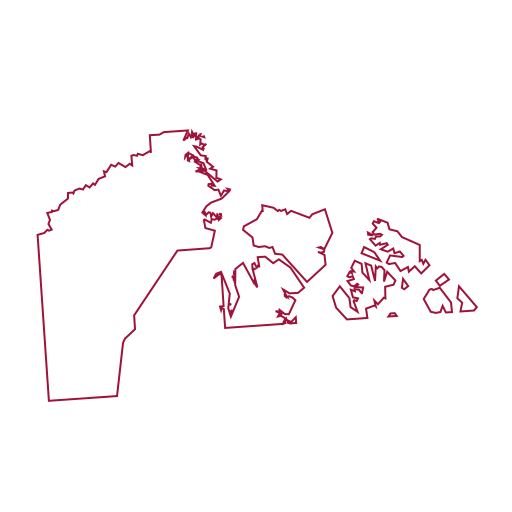 Northwest Territories, Mercator projection, rotated 86°
{"feature_id": "CAN-635", "entity_name": "Northwest Territories", "entity_type": "Territory", "adm_level": 1, "iso_a3": "CAN", "parent_name": "Canada", "parent_adm1": "", "projection": "mercator", "projection_center": [-123.126, 69.383], "detail": "fine", "context": "isolated", "style": "outline", "palette": "rose", "viewbox_px": 512, "rotation_deg": 86, "n_neighbors": 0, "source": "natural_earth", "source_scale": "10m", "svg_char_len": 6151}
<svg xmlns="http://www.w3.org/2000/svg" viewBox="0 0 512 512"><g transform="rotate(86 256 256)"><path d="M126.0,315.2L135.8,320.4L133.1,316.6L134.3,316.7L129.3,314.4L133.0,312.7L130.0,311.3L129.6,308.6L133.8,311.2L130.4,307.2L135.6,307.7L134.8,304.5L135.7,303.1L140.9,303.9L140.0,302.4L141.4,299.7L140.8,297.7L143.5,301.7L146.3,301.6L142.8,307.5L142.1,310.1L151.7,304.1L152.8,299.2L155.5,299.8L157.0,298.7L154.8,298.9L155.4,297.4L158.5,298.6L164.0,292.6L165.7,295.6L167.9,289.4L175.2,290.1L177.1,285.8L179.1,289.1L167.5,301.2L166.7,299.6L159.7,301.9L157.1,308.0L156.3,306.9L155.8,309.9L155.4,307.2L153.7,307.9L152.7,310.6L152.8,313.7L151.2,311.8L148.3,316.6L150.4,319.3L152.6,319.7L149.1,316.6L155.9,317.4L156.6,316.1L153.6,316.4L154.4,314.8L153.0,312.1L155.9,310.2L156.4,308.3L156.0,310.9L157.1,308.4L157.9,310.1L161.7,304.8L160.2,304.2L163.9,304.1L163.2,306.2L165.2,302.6L164.5,306.6L165.9,305.0L165.3,300.8L166.1,305.5L166.1,300.1L166.2,306.4L167.5,301.8L166.7,306.1L167.8,305.1L166.9,309.0L167.6,310.4L167.5,307.5L171.8,298.5L183.1,292.3L182.7,295.2L180.9,295.4L181.0,298.3L182.6,298.7L187.4,292.6L187.2,288.9L193.4,286.8L188.4,283.3L189.7,278.5L196.3,286.1L199.5,296.9L203.0,302.1L209.0,306.5L211.7,303.7L207.7,304.4L211.5,302.9L209.1,300.2L209.6,298.5L213.7,298.0L210.3,295.9L215.2,292.1L210.8,291.7L216.8,290.6L214.2,289.1L215.7,288.2L217.2,290.2L215.9,292.4L216.9,294.8L216.1,297.5L219.7,298.7L216.0,304.7L216.7,305.5L224.6,304.5L227.9,295.3L244.0,300.0L245.0,301.4L245.1,334.0L306.7,381.7L320.6,381.8L329.3,392.5L333.4,394.7L386.0,404.4L386.0,472.7L219.7,472.4L218.3,465.7L215.3,462.3L216.3,460.7L215.4,458.0L209.6,460.8L205.6,459.0L198.5,461.2L197.8,456.5L196.5,456.3L197.2,454.5L196.2,450.1L191.2,447.8L185.6,439.6L180.0,439.1L179.9,434.7L180.9,433.8L178.0,432.4L176.4,427.4L177.6,424.0L173.5,420.8L176.0,417.2L172.2,413.4L173.8,411.7L168.1,407.6L166.0,401.0L160.9,401.8L161.9,399.3L154.9,394.1L157.0,390.2L153.6,386.7L158.2,380.0L155.2,375.5L157.0,373.2L147.4,373.3L146.7,371.2L147.7,367.7L145.8,366.8L147.5,361.9L143.8,354.3L145.7,353.6L128.1,353.5L128.2,343.8L126.0,339.4L126.0,315.2ZM275.5,299.9L270.9,296.9L269.4,292.0L291.6,284.8L306.1,287.3L314.7,285.3L295.5,275.7L283.6,278.8L267.5,277.5L262.0,269.4L282.4,260.1L278.9,258.7L284.7,258.5L287.4,256.8L269.8,260.1L268.5,257.3L268.6,260.4L264.0,260.3L262.9,258.1L267.7,256.0L265.5,254.5L267.5,253.4L257.3,254.4L257.3,246.9L264.4,239.3L260.9,233.5L270.0,222.4L291.0,210.2L295.7,216.6L295.6,225.1L291.3,231.3L299.1,227.8L297.4,230.1L298.0,230.1L299.6,228.3L298.4,225.9L300.0,222.5L302.9,219.8L316.4,227.3L315.9,231.3L311.4,236.3L313.1,236.5L312.4,240.3L315.8,233.7L315.2,236.6L317.9,238.3L317.4,235.3L320.3,231.0L325.6,234.0L325.6,291.8L306.7,291.8L305.5,293.9L307.5,294.6L303.9,295.4L303.7,291.8L271.8,291.7L271.7,294.2L275.5,299.9ZM285.4,206.9L256.4,229.7L255.1,236.8L248.2,238.9L248.9,242.2L246.9,246.2L247.2,252.8L245.3,257.6L237.3,258.2L229.0,267.1L225.6,266.1L219.4,252.6L210.5,246.4L212.7,246.2L205.8,246.2L209.1,235.1L212.7,231.2L211.6,229.6L212.8,227.8L211.5,223.6L216.3,222.0L213.4,217.9L221.6,200.0L218.3,197.0L214.2,184.0L238.2,178.2L253.8,187.3L251.5,190.8L251.9,192.7L254.1,187.4L256.6,187.9L257.2,191.2L256.2,193.9L259.7,187.6L269.6,187.2L285.4,206.9ZM325.6,169.7L313.1,179.7L301.3,182.4L292.1,174.5L304.5,165.8L313.6,165.2L318.7,158.6L307.9,161.8L306.9,161.0L308.0,158.8L305.4,157.2L304.0,162.2L296.3,163.7L298.1,159.8L295.9,160.0L296.8,155.9L297.0,155.4L298.4,154.6L300.5,153.1L300.5,152.9L294.9,151.3L293.9,158.8L291.6,156.1L290.8,157.1L293.1,160.1L292.1,163.4L287.4,166.4L285.9,160.0L282.8,161.0L283.8,164.2L282.5,166.3L278.4,163.6L280.0,161.6L277.8,162.0L278.4,159.2L274.5,161.8L267.6,157.8L271.2,151.2L280.0,151.0L287.9,144.6L270.9,147.3L273.6,141.8L289.2,139.0L274.8,137.2L276.8,135.9L275.0,134.0L275.6,131.5L279.1,128.8L290.4,130.1L280.9,126.2L290.1,118.7L294.2,120.7L295.7,129.3L307.3,129.9L306.5,131.4L312.6,137.8L308.8,141.0L314.6,140.1L313.6,141.0L316.2,149.9L325.6,149.2L325.6,169.7ZM258.0,131.0L254.0,123.8L252.3,124.7L253.5,131.4L251.6,131.6L254.0,136.0L247.2,141.2L246.4,140.0L247.2,136.1L245.0,135.0L245.1,130.7L243.6,128.9L242.5,130.9L242.9,136.5L240.3,138.0L236.2,133.8L231.8,137.3L229.5,135.9L231.4,132.0L229.7,131.6L231.3,130.7L230.5,129.8L227.2,132.5L232.0,122.4L238.7,121.0L241.2,113.2L247.3,109.1L256.4,91.9L272.5,93.0L271.4,91.0L275.4,89.6L271.6,87.2L277.3,83.6L284.9,92.4L277.3,98.3L282.3,104.6L277.6,105.2L281.1,112.9L272.7,117.7L273.3,124.0L271.7,126.1L264.8,122.2L267.2,110.2L266.2,108.8L261.5,112.2L262.9,117.6L258.1,118.6L260.9,124.3L258.0,131.0ZM325.6,70.5L318.8,73.3L324.8,76.0L325.3,80.7L323.8,85.6L310.6,91.7L301.7,85.3L301.1,82.9L302.3,81.5L300.5,74.9L316.0,64.7L325.6,64.4L325.6,70.5ZM325.6,55.9L316.9,53.6L312.2,58.1L300.4,55.6L322.4,39.3L325.6,42.3L325.6,55.9ZM269.3,132.5L260.6,150.5L254.6,147.5L260.5,137.7L269.3,132.5ZM292.9,65.1L298.6,74.7L293.1,78.3L287.0,69.5L292.9,65.1ZM289.1,110.9L296.6,106.3L299.5,110.4L297.9,112.7L289.1,110.9ZM325.6,226.5L323.6,226.8L324.3,225.6L319.9,220.6L325.6,220.6L325.6,226.5ZM325.6,128.1L322.7,125.8L322.7,121.6L325.6,119.8L325.6,128.1ZM240.4,142.7L243.6,137.8L242.6,142.6L240.4,142.7ZM325.3,227.4L324.8,228.9L323.4,228.5L325.3,227.4ZM308.1,283.8L313.0,284.8L309.7,285.1L308.1,283.8ZM187.8,277.3L189.1,278.0L187.1,279.6L187.8,277.3ZM271.0,278.5L273.7,279.4L270.5,279.0L271.0,278.5ZM127.7,311.1L128.8,310.6L129.3,311.4L127.7,311.1ZM132.6,305.1L134.2,304.9L134.8,305.9L134.6,306.8L132.6,305.1ZM133.2,301.0L133.0,299.5L133.9,299.3L133.2,301.0ZM277.0,279.6L279.4,279.7L276.6,280.1L277.0,279.6ZM324.9,231.4L325.3,232.7L323.7,231.5L324.9,231.4ZM130.6,302.8L132.4,303.8L130.6,303.1L130.6,302.8ZM145.7,300.6L144.3,300.9L145.9,300.4L145.7,300.6ZM301.4,285.1L302.5,284.8L303.4,285.3L301.4,285.1ZM274.5,279.4L275.7,279.0L276.5,279.4L274.5,279.4ZM281.0,278.9L281.7,278.9L279.8,279.4L281.0,278.9ZM274.4,280.4L276.0,281.3L274.0,280.4L274.4,280.4ZM212.7,288.0L211.9,289.1L211.5,289.0L211.7,288.1L212.7,288.0ZM321.6,230.4L322.0,231.1L321.1,230.4L321.6,230.4ZM322.9,229.1L323.5,229.2L322.5,229.4L322.9,229.1ZM322.1,229.8L323.0,230.3L321.9,229.9L322.1,229.8Z" fill="none" stroke="#9f1239" stroke-width="2"/></g></svg>